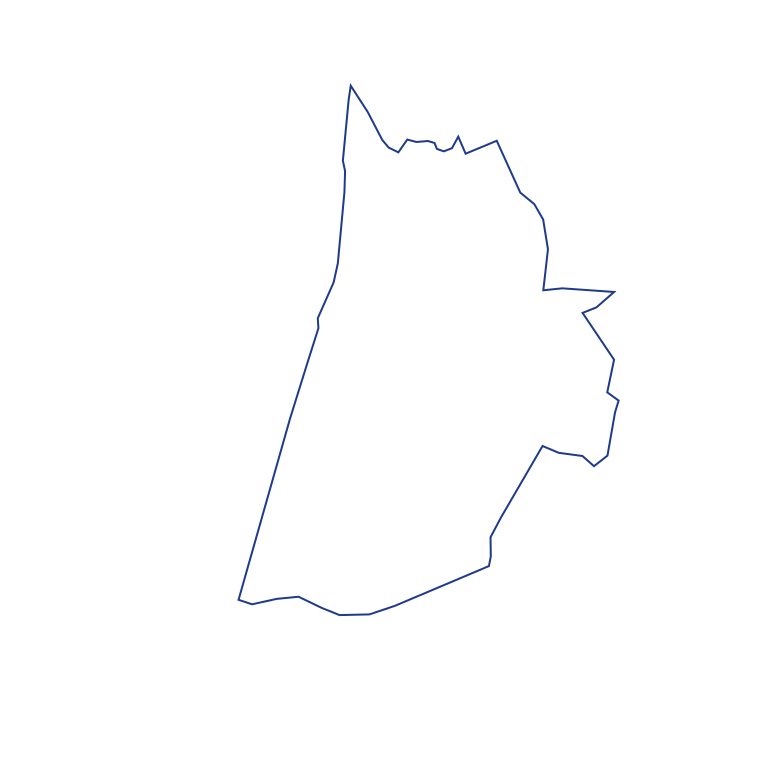 Yashnobod, Tashkent, Uzbekistan, rotated 40°
{"feature_id": "79887680B98736397831484", "entity_name": "Yashnobod", "entity_type": "district", "adm_level": 2, "iso_a3": "UZB", "parent_name": "Uzbekistan", "parent_adm1": "Tashkent", "projection": "mercator", "projection_center": [69.301, 41.243], "detail": "fine", "context": "isolated", "style": "outline", "palette": "blue", "viewbox_px": 768, "rotation_deg": 40, "n_neighbors": 0, "source": "geoboundaries", "source_scale": "gbopen_adm2", "svg_char_len": 837}
<svg xmlns="http://www.w3.org/2000/svg" viewBox="0 0 768 768"><g transform="rotate(40 384 384)"><path d="M576.6,447.4L564.1,432.9L559.4,411.0L545.3,329.6L562.1,324.4L582.3,311.6L597.7,312.0L601.2,295.2L579.2,257.2L574.4,245.9L560.4,246.9L544.6,217.5L490.4,201.9L497.5,188.7L501.1,165.6L459.1,196.1L445.8,209.8L423.0,175.4L400.2,155.7L383.5,149.6L365.4,149.8L314.0,125.2L298.5,155.1L281.9,146.8L284.5,159.6L280.3,167.3L273.4,169.9L267.8,166.9L261.5,169.6L253.2,177.8L244.7,181.8L246.1,197.3L235.6,199.9L225.9,198.2L196.7,186.1L166.8,176.9L174.3,189.1L208.9,239.3L217.3,245.9L230.4,262.5L271.1,321.3L280.1,338.5L291.0,376.2L297.9,383.4L311.7,416.9L334.3,471.0L411.3,642.8L424.5,637.6L439.9,617.6L455.3,601.9L480.4,595.5L498.5,589.6L520.9,569.9L534.9,547.0L581.4,456.0L576.6,447.4Z" fill="none" stroke="#1e3a8a" stroke-width="2"/></g></svg>